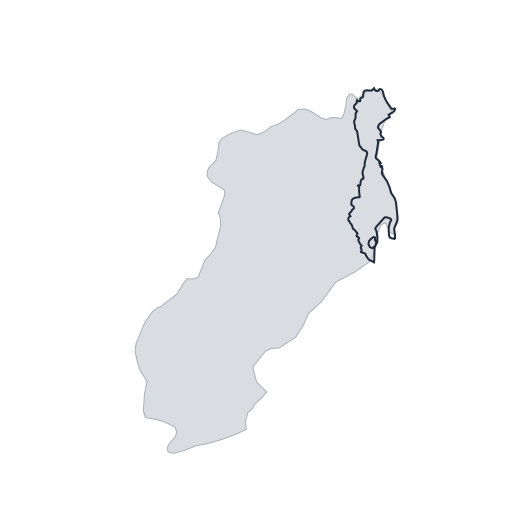 Albania, with Vlorë highlighted, rotated 218°
{"feature_id": "ALB-1504", "entity_name": "Vlorë", "entity_type": "County", "adm_level": 1, "iso_a3": "ALB", "parent_name": "Albania", "parent_adm1": "", "projection": "robinson", "projection_center": [19.787, 40.148], "detail": "fine", "context": "in_parent", "style": "outline", "palette": "slate", "viewbox_px": 512, "rotation_deg": 218, "n_neighbors": 0, "source": "natural_earth", "source_scale": "10m", "svg_char_len": 5044}
<svg xmlns="http://www.w3.org/2000/svg" viewBox="0 0 512 512"><g transform="rotate(218 256 256)"><path d="M163.8,155.3L164.1,148.4L165.9,137.5L164.9,133.8L166.0,127.6L162.5,119.3L156.9,113.3L162.4,102.7L170.3,89.9L177.7,79.7L186.7,69.1L192.6,58.9L199.0,50.2L204.5,47.5L207.3,49.4L208.7,53.2L208.4,64.5L210.2,68.4L214.0,71.3L222.1,69.9L231.0,67.1L242.9,61.1L245.0,61.5L249.4,64.6L258.7,78.3L264.9,90.3L277.0,94.5L283.8,99.1L292.5,106.3L296.7,113.4L302.7,135.4L303.4,148.6L301.7,154.6L300.3,156.2L294.9,177.8L296.3,188.8L296.2,196.0L291.7,198.9L288.6,203.4L293.6,221.4L293.0,229.0L293.3,237.8L302.3,257.8L307.6,264.0L312.3,267.0L318.4,285.4L322.0,288.6L336.7,286.9L343.8,288.9L346.7,293.3L347.4,296.3L346.5,306.6L350.1,314.5L355.1,322.7L355.1,327.7L351.9,335.9L346.0,345.5L338.3,349.1L329.7,352.2L325.6,359.6L323.6,367.5L319.8,373.4L317.4,379.8L313.8,392.8L313.0,397.6L307.2,402.4L298.2,404.4L290.1,404.8L284.6,407.0L281.9,411.5L276.7,415.1L273.6,416.7L273.6,420.7L277.4,429.1L281.7,435.9L281.8,441.4L279.7,442.9L273.1,442.2L271.7,444.2L271.0,450.3L269.2,455.5L266.5,458.7L261.8,462.2L253.1,461.0L245.0,455.8L240.8,454.2L238.3,454.4L237.7,441.6L234.2,431.7L221.3,407.8L179.5,384.8L169.7,374.4L165.4,365.7L161.1,357.5L165.2,357.3L169.3,359.4L174.5,361.9L176.6,357.8L174.4,348.8L163.7,327.8L162.9,322.0L168.2,304.5L177.0,284.7L176.4,260.8L179.2,242.8L176.2,231.1L174.7,216.7L181.2,197.7L186.7,192.9L190.0,186.9L190.3,166.6L178.0,157.1L163.8,155.3Z" fill="#d9dde1" stroke="#a8b0b8" stroke-width="1"/><path d="M272.3,441.0L272.2,441.0L271.1,440.8L270.1,441.2L269.3,442.2L269.6,442.8L270.3,443.4L270.6,444.5L270.5,445.2L269.7,446.9L269.6,447.3L269.9,447.8L270.7,448.8L270.9,449.2L271.4,450.4L272.0,451.0L272.3,451.7L272.0,453.3L270.4,455.1L268.3,456.2L266.6,457.8L266.3,460.9L265.3,460.3L264.3,460.0L263.3,460.0L262.4,460.3L261.5,461.2L261.4,462.3L261.4,463.3L261.0,464.0L259.2,464.5L256.9,463.5L253.6,460.7L248.4,458.1L243.8,456.7L240.0,455.5L238.2,456.6L237.8,456.7L237.7,457.5L236.9,457.5L236.3,455.5L236.7,453.2L238.5,449.0L236.5,448.2L236.0,447.7L237.7,444.1L239.8,437.1L240.0,435.5L239.3,432.6L238.1,431.8L236.3,431.6L233.8,430.8L233.6,430.4L233.6,429.9L233.5,429.3L233.0,428.8L231.5,427.9L230.3,427.5L228.4,427.5L227.5,426.9L227.5,426.0L229.2,424.0L230.3,423.0L231.5,422.2L229.5,420.4L224.1,410.7L223.4,409.0L222.6,407.6L221.7,406.9L218.0,406.8L216.2,406.5L215.0,405.9L215.9,405.1L212.8,403.1L212.3,404.0L212.1,404.4L212.0,405.1L211.6,403.8L211.1,403.2L210.4,402.8L209.6,402.1L209.5,401.6L208.6,400.0L207.7,398.6L207.3,398.9L206.2,397.8L198.7,395.5L192.4,392.0L188.7,389.0L182.3,386.9L178.5,384.3L167.7,373.0L166.5,371.1L165.9,369.9L164.4,363.8L163.6,362.1L159.6,358.4L158.2,356.6L158.0,356.1L158.0,355.9L157.4,355.7L157.4,354.7L160.4,353.3L162.3,353.1L164.0,354.3L168.1,358.9L169.1,360.4L170.6,363.7L171.3,365.7L171.5,367.6L172.6,368.2L175.0,367.7L177.4,366.6L178.4,365.6L179.2,353.1L178.9,351.0L176.0,349.5L172.1,345.8L169.0,341.7L168.4,338.7L169.2,339.5L169.5,340.6L169.8,341.8L170.7,341.5L171.6,341.5L173.8,343.9L175.2,343.1L175.9,340.5L176.1,337.2L174.7,334.6L171.7,333.1L169.0,333.8L168.4,337.7L167.6,335.5L159.7,324.7L159.2,323.6L162.0,323.3L163.8,322.7L165.5,322.8L167.1,323.2L169.5,324.1L171.3,325.1L172.4,325.0L175.1,323.8L175.7,323.8L176.0,324.0L176.0,324.4L175.9,324.7L176.0,325.1L176.4,325.6L177.1,326.2L178.4,326.9L178.8,327.4L178.9,327.9L178.8,328.4L179.1,329.1L179.6,329.4L180.7,329.4L181.8,329.8L184.5,331.0L185.1,331.5L185.5,331.9L185.5,332.3L185.5,332.7L185.5,333.0L185.8,333.6L186.3,333.7L187.1,333.8L187.9,333.5L188.5,333.5L189.0,333.6L189.2,333.8L189.3,334.0L189.2,334.3L189.5,334.8L189.8,336.2L190.2,336.4L190.8,336.6L191.8,336.5L192.7,337.0L194.2,337.2L196.3,337.2L199.5,339.3L200.3,339.7L200.7,339.7L201.2,339.7L201.6,339.7L202.2,340.0L202.9,340.5L203.5,340.8L203.8,340.9L204.1,340.8L204.4,340.7L204.8,340.8L205.3,341.1L206.0,341.9L206.4,342.6L206.6,343.9L206.5,344.5L206.3,345.0L206.1,345.1L206.0,345.3L206.0,345.5L207.9,346.0L208.3,346.3L208.6,346.7L208.6,347.5L208.4,348.9L208.2,349.4L208.3,349.9L208.6,351.4L208.6,352.1L208.4,352.7L208.2,353.3L208.2,353.8L208.5,354.3L209.2,354.9L210.0,355.2L211.2,355.0L212.7,355.3L214.5,358.1L214.9,359.2L215.0,360.0L214.7,361.2L214.0,362.4L213.1,363.7L211.5,365.4L210.7,365.9L210.7,366.4L211.2,367.1L214.5,370.3L216.5,373.0L217.0,373.5L217.5,373.8L218.9,374.1L219.0,374.3L219.0,374.5L218.6,374.9L217.7,375.6L217.5,375.8L217.6,376.2L217.9,376.8L218.9,378.2L219.5,379.4L219.9,381.1L219.9,381.9L219.7,382.4L219.0,383.0L219.3,383.6L219.6,384.0L223.4,387.1L225.4,391.8L225.6,393.2L226.1,394.2L227.8,396.5L228.9,399.0L231.2,404.8L232.0,405.8L232.9,406.3L234.4,406.3L236.6,405.6L237.3,405.5L238.0,405.6L240.8,406.4L241.6,406.4L242.9,407.0L251.8,415.3L253.7,416.7L255.0,417.1L255.7,417.1L256.3,417.5L258.8,420.1L261.0,421.7L261.5,422.4L262.3,425.2L262.7,426.3L263.8,427.8L264.8,428.9L265.3,430.0L265.5,432.3L266.9,432.6L268.5,432.6L269.3,432.8L270.2,433.3L270.8,434.2L271.2,435.2L270.9,438.6L272.1,440.3L272.3,441.0L272.3,441.0Z" fill="none" stroke="#1e293b" stroke-width="2"/></g></svg>